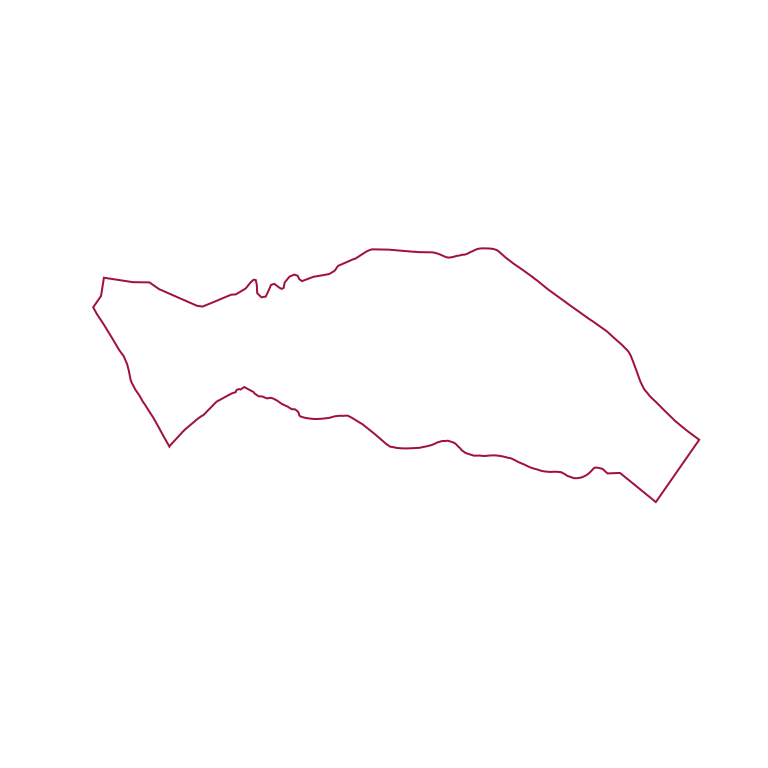 outline of Barat Al Anan, Al Jawf, Yemen, rotated 35°
{"feature_id": "15242507B41587860828990", "entity_name": "Barat Al Anan", "entity_type": "district", "adm_level": 2, "iso_a3": "YEM", "parent_name": "Yemen", "parent_adm1": "Al Jawf", "projection": "albers", "projection_center": [44.512, 16.865], "detail": "fine", "context": "isolated", "style": "outline", "palette": "rose", "viewbox_px": 768, "rotation_deg": 35, "n_neighbors": 0, "source": "geoboundaries", "source_scale": "gbopen_adm2", "svg_char_len": 4111}
<svg xmlns="http://www.w3.org/2000/svg" viewBox="0 0 768 768"><g transform="rotate(35 384 384)"><path d="M674.2,248.9L659.8,248.5L652.5,248.0L643.8,247.3L625.6,244.3L624.2,244.0L617.4,242.8L612.5,242.1L608.0,241.3L607.0,241.0L604.6,240.2L602.0,239.6L600.4,239.1L597.9,237.9L593.2,235.3L589.9,233.1L583.5,228.5L578.4,225.0L574.2,222.1L570.2,219.5L568.5,218.5L566.1,217.5L564.0,216.8L560.9,216.3L556.1,215.4L551.5,214.9L544.3,214.1L537.7,213.2L534.3,213.0L525.8,213.0L519.7,212.9L513.8,213.1L507.7,213.0L490.8,212.9L487.1,212.8L463.5,212.4L450.5,211.4L447.9,211.4L444.4,211.2L434.1,211.0L432.0,211.0L427.3,211.0L426.5,211.0L425.3,211.1L421.1,211.1L414.9,210.8L410.5,210.6L407.3,210.2L404.4,209.9L402.1,209.6L400.9,209.6L399.6,209.6L398.1,210.0L395.6,210.9L392.2,212.8L389.2,214.8L386.7,216.5L384.8,218.1L383.4,219.5L383.1,219.8L382.1,221.3L379.8,225.4L379.0,226.4L378.3,228.1L377.3,229.8L376.1,231.5L375.2,232.4L374.4,232.8L373.0,234.4L371.5,236.1L370.0,237.4L369.3,238.3L367.6,240.5L366.4,241.6L364.9,243.1L363.9,243.7L362.7,244.2L360.5,244.8L358.6,245.2L357.0,245.5L355.0,245.9L352.6,246.6L350.9,247.2L349.3,247.8L348.1,248.4L345.3,250.3L339.7,254.1L335.8,256.7L333.6,257.8L333.6,258.0L310.7,271.3L297.0,280.5L295.6,282.3L293.6,285.6L288.7,297.6L287.3,299.4L278.6,313.6L278.6,319.4L277.3,322.6L277.1,323.0L276.1,325.3L267.1,334.3L264.7,336.7L257.8,346.8L254.4,346.7L251.2,344.8L247.7,345.9L246.7,347.5L245.0,350.3L244.4,357.8L246.7,362.9L245.6,364.8L243.4,365.1L236.6,364.9L234.6,367.8L235.1,369.9L235.7,372.8L237.0,380.2L233.9,383.3L228.0,382.3L222.9,375.7L219.3,372.4L217.4,373.4L216.5,376.8L215.9,385.1L211.2,395.6L207.5,398.6L195.5,417.6L191.0,424.6L185.9,427.2L162.9,431.8L146.4,435.1L145.5,435.3L133.6,435.3L120.2,444.4L120.1,444.5L93.6,457.6L98.8,468.2L101.7,474.1L101.8,488.0L108.7,491.4L119.9,495.8L137.1,503.3L147.9,508.2L154.6,510.4L162.1,515.0L167.5,519.6L171.1,523.1L174.1,526.0L176.6,527.7L180.9,529.8L183.4,531.2L190.5,533.8L196.2,536.6L200.5,538.2L207.1,541.0L214.8,544.1L224.7,548.9L233.3,553.2L238.5,555.7L242.6,557.6L244.1,558.4L244.1,556.5L246.0,542.8L246.3,540.7L246.5,538.5L247.0,536.3L247.1,535.4L247.5,533.9L248.0,531.9L248.7,529.4L249.2,527.4L249.3,527.0L250.0,524.7L250.5,522.4L251.1,520.2L251.8,518.0L252.7,515.5L253.2,514.2L253.9,513.4L254.1,511.7L254.2,511.3L255.2,505.0L255.3,504.7L255.5,503.5L256.5,497.2L256.9,494.8L257.3,493.8L257.9,492.7L263.2,482.0L264.0,480.5L264.0,480.4L264.3,479.7L264.6,479.2L267.2,475.7L266.7,474.2L266.8,473.5L266.8,473.4L266.9,473.1L267.2,472.6L267.6,472.0L268.2,471.4L268.6,471.1L269.7,470.8L271.2,466.7L273.7,466.3L274.3,466.3L279.5,465.7L281.8,465.4L283.5,466.0L288.2,466.0L288.7,465.8L289.4,465.3L290.0,464.8L290.8,464.5L291.6,464.0L292.7,463.8L295.2,463.2L296.6,462.8L297.9,461.4L299.5,460.1L301.2,459.6L301.8,459.4L304.4,459.1L305.8,458.9L306.9,458.9L307.6,458.9L308.3,458.9L311.7,458.9L315.4,458.3L317.9,457.8L322.9,457.6L324.7,456.3L325.4,456.0L326.0,455.8L328.6,455.9L329.8,456.3L330.5,456.5L332.8,458.4L334.7,458.4L338.2,457.2L342.8,455.0L346.9,452.7L350.4,450.2L355.0,446.4L358.7,443.0L362.4,438.5L366.3,435.1L367.2,434.6L368.2,434.0L371.0,431.7L372.5,430.7L374.3,430.5L376.9,430.1L385.3,429.6L389.4,429.3L405.2,430.3L419.7,431.8L423.3,431.8L424.8,431.9L429.8,429.5L430.4,429.4L434.0,427.4L438.2,424.7L442.3,421.7L446.1,418.7L449.8,415.8L452.9,412.4L454.5,410.8L455.8,409.3L458.0,406.7L459.7,404.1L460.8,401.9L462.6,399.5L462.8,399.3L464.4,397.3L466.8,395.6L468.5,394.1L468.7,393.9L472.1,392.8L475.3,391.9L478.0,392.0L480.2,392.6L483.7,393.0L485.5,393.7L487.9,393.7L490.3,393.7L493.8,392.7L498.8,391.1L502.9,388.1L503.2,387.9L507.7,385.3L512.5,381.2L516.2,378.6L519.1,377.0L523.0,375.1L526.6,373.8L530.5,372.1L534.5,371.4L539.3,370.8L542.4,370.1L545.2,369.5L549.8,368.8L554.0,367.8L558.0,366.3L563.3,364.7L567.0,362.8L570.5,360.8L572.9,358.9L575.1,357.3L577.6,355.8L579.5,354.7L584.1,354.1L587.0,354.1L590.7,353.0L593.6,352.2L596.2,350.4L599.1,347.6L601.5,343.9L602.8,340.7L603.5,337.6L604.0,333.9L604.4,331.9L606.6,330.2L611.5,328.2L618.3,329.1L628.3,321.5L674.4,324.8L674.2,248.9Z" fill="none" stroke="#9f1239" stroke-width="2"/></g></svg>